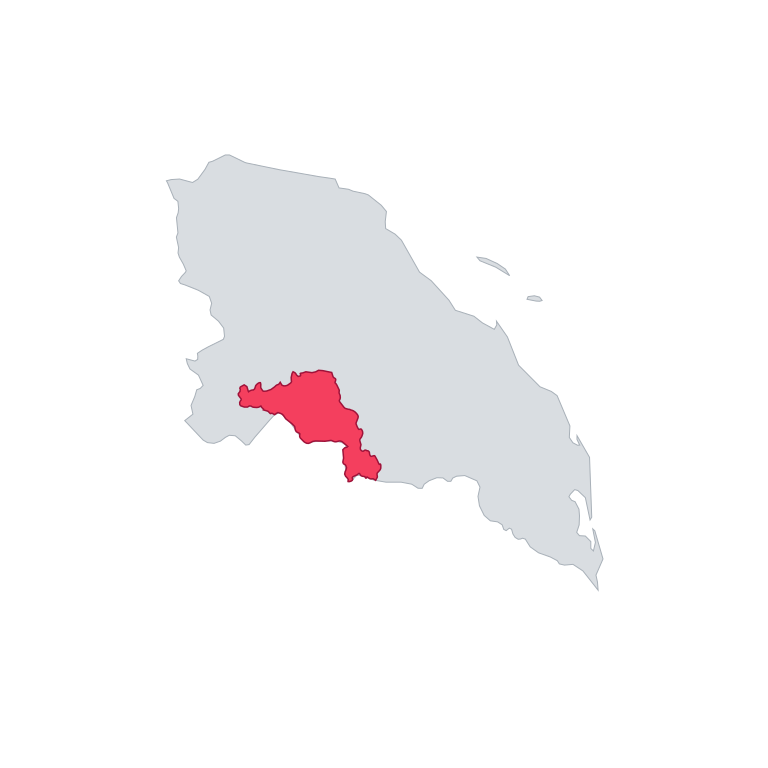 where El Paraíso sits in Honduras, rotated 49°
{"feature_id": "HND-662", "entity_name": "El Paraíso", "entity_type": "Department", "adm_level": 1, "iso_a3": "HND", "parent_name": "Honduras", "parent_adm1": "", "projection": "orthographic", "projection_center": [-86.385, 13.965], "detail": "fine", "context": "in_parent", "style": "filled", "palette": "rose", "viewbox_px": 768, "rotation_deg": 49, "n_neighbors": 0, "source": "natural_earth", "source_scale": "10m", "svg_char_len": 6230}
<svg xmlns="http://www.w3.org/2000/svg" viewBox="0 0 768 768"><g transform="rotate(49 384 384)"><path d="M680.1,357.7L655.6,356.5L644.1,359.7L639.1,366.6L634.8,369.7L631.1,369.1L623.8,371.9L612.8,378.1L602.8,380.5L593.8,379.1L591.3,380.6L590.6,382.6L589.2,384.6L585.8,385.7L581.8,385.1L577.3,383.0L575.0,384.0L574.8,388.0L572.3,389.0L567.8,387.2L562.6,388.7L557.0,393.5L548.9,394.6L538.6,391.9L530.5,386.8L524.8,379.2L518.0,377.4L506.1,383.1L501.2,389.7L500.1,393.8L501.3,397.4L499.1,399.9L493.6,401.1L489.4,405.6L486.6,413.4L486.0,419.4L487.8,423.6L485.0,426.7L477.8,428.8L469.3,435.5L459.4,446.9L449.6,454.9L439.8,459.4L435.1,464.4L435.5,469.9L434.9,471.7L433.0,472.3L429.8,473.1L410.9,461.2L405.5,452.8L400.8,454.1L394.9,458.3L386.5,467.7L377.6,480.5L373.2,481.9L350.9,480.0L339.0,481.1L336.6,482.8L335.5,487.5L336.2,493.8L339.4,516.3L341.2,525.6L339.4,528.4L333.4,528.9L325.5,530.2L321.2,534.4L320.2,538.8L319.8,544.9L317.3,551.2L312.4,555.7L307.6,557.3L280.9,558.4L281.4,548.0L273.6,543.7L269.3,535.0L265.5,529.1L266.8,525.6L266.4,521.4L255.6,518.2L245.4,520.6L239.5,519.0L235.2,516.7L242.7,511.6L243.2,508.5L240.8,506.2L238.4,504.7L239.2,498.8L240.7,492.0L244.9,475.9L243.4,473.1L236.6,468.3L228.0,467.7L218.5,469.2L214.0,466.7L210.0,461.1L203.3,458.4L191.3,462.7L178.5,469.3L174.6,471.7L171.4,471.3L170.0,466.3L169.4,460.4L168.7,459.0L161.9,456.8L154.0,455.2L150.0,453.5L146.3,449.5L136.9,444.3L134.8,440.4L122.3,431.5L119.8,427.1L116.9,423.9L110.9,419.7L106.2,420.7L90.3,415.4L87.9,414.9L90.1,410.5L95.2,403.8L106.3,396.3L107.3,390.2L104.6,378.3L101.8,370.7L103.4,367.3L107.0,353.6L109.7,350.4L125.6,343.6L127.0,342.7L139.6,333.1L153.6,322.4L168.1,310.6L184.3,297.5L193.2,289.8L197.3,286.4L206.5,289.3L213.8,283.0L218.1,280.9L227.9,273.5L231.0,271.8L247.4,268.8L255.4,269.0L262.3,276.6L267.8,280.8L278.2,277.3L286.9,276.5L322.9,283.8L337.1,280.6L363.4,280.0L375.2,281.8L391.8,271.7L402.5,269.6L415.1,264.9L413.4,260.1L410.4,257.9L429.5,260.0L458.1,270.1L488.4,268.1L499.4,262.6L506.4,261.0L537.6,271.2L545.9,279.2L552.3,280.0L557.2,278.1L558.5,276.4L552.4,274.7L549.6,272.2L574.2,277.0L620.8,314.6L621.8,317.7L601.9,306.6L591.5,307.6L588.8,309.4L589.4,315.6L590.4,318.4L594.9,318.7L598.2,317.0L606.4,319.0L611.8,323.0L618.4,329.2L622.4,335.9L626.7,336.0L630.8,331.8L638.6,331.3L643.8,335.8L647.4,335.5L642.3,328.4L630.3,321.5L633.1,321.2L659.7,333.5L667.3,349.4L673.6,352.9L680.1,357.7ZM369.2,223.0L354.0,230.7L349.2,230.6L356.2,224.6L367.4,219.5L376.9,217.0L384.7,218.1L369.2,223.0ZM421.2,214.8L413.9,220.5L412.6,217.9L416.1,212.6L420.5,209.6L424.7,209.9L423.7,212.2L421.2,214.8Z" fill="#d9dde1" stroke="#a8b0b8" stroke-width="1"/><path d="M451.2,453.5L450.4,453.7L448.3,454.4L447.4,455.7L446.5,456.7L443.1,457.8L443.4,458.8L443.1,458.9L442.9,458.9L442.7,459.0L442.8,459.5L442.2,459.5L441.3,459.2L439.4,460.9L438.2,461.5L436.5,461.4L435.5,461.2L435.0,461.7L434.9,463.9L434.0,466.8L433.6,468.7L434.0,469.6L435.4,470.1L435.9,471.2L435.7,472.7L434.9,474.3L434.3,474.9L434.1,475.1L433.8,475.0L432.6,473.6L430.6,473.4L428.4,473.5L426.2,472.8L424.7,470.9L423.8,468.9L422.6,467.2L420.5,466.3L419.2,466.3L418.4,466.7L417.5,466.9L416.1,466.4L415.5,465.8L413.4,463.1L406.6,458.2L406.4,455.5L407.4,453.4L407.4,452.3L400.1,453.4L398.8,454.1L397.7,455.1L397.2,456.0L396.8,456.9L396.1,458.2L395.0,459.3L393.9,459.9L392.7,460.4L391.7,461.1L388.4,466.2L382.1,473.0L380.6,475.4L379.9,478.4L379.3,479.9L378.2,481.1L376.8,481.8L375.0,482.3L370.1,482.6L369.4,482.5L368.5,482.2L367.9,481.8L366.4,480.2L365.0,480.4L363.7,481.1L362.3,481.5L360.6,481.1L357.5,479.3L353.7,479.5L345.8,481.0L341.7,480.5L339.7,480.7L337.5,481.8L336.4,482.5L335.9,482.9L335.8,483.5L335.5,484.9L335.4,486.6L334.0,487.2L333.2,487.4L332.5,487.9L331.8,489.2L331.1,489.3L330.4,489.3L328.8,489.4L328.0,489.7L324.3,492.1L323.9,491.4L321.0,491.7L320.6,491.4L319.9,491.3L319.7,491.6L319.4,493.4L319.0,494.3L318.3,495.4L316.7,497.0L315.7,497.9L314.9,498.4L313.5,498.8L312.4,499.8L312.1,500.6L311.9,502.1L309.7,504.6L306.7,506.3L306.1,506.5L304.9,506.3L303.2,505.0L302.4,503.1L302.3,502.2L301.5,501.6L297.1,501.3L295.8,500.5L295.5,499.3L295.1,497.4L294.5,496.9L293.7,495.9L292.6,495.6L292.0,494.3L292.9,490.1L296.0,489.2L300.5,491.2L301.0,491.3L301.0,490.8L301.3,489.1L302.0,487.5L302.8,486.5L302.8,484.9L301.7,482.9L301.2,482.2L300.9,481.1L300.8,479.7L300.9,478.3L301.1,477.6L301.2,477.2L301.9,476.4L303.3,477.1L305.5,479.1L306.2,479.5L308.6,479.9L310.1,479.9L310.6,479.5L312.2,477.4L314.0,472.9L314.4,468.4L314.3,466.5L314.5,465.2L315.0,464.2L315.1,463.4L315.0,462.7L314.6,461.2L317.9,461.8L319.5,461.0L320.6,459.8L321.6,457.8L322.0,453.9L321.8,452.8L321.5,452.2L320.8,451.8L318.2,449.8L315.7,446.4L315.1,444.6L317.1,443.8L318.5,443.8L320.0,444.1L322.0,443.8L323.0,441.8L322.9,441.5L322.5,441.0L322.0,440.7L321.2,440.5L321.1,440.1L321.3,439.6L322.3,438.1L323.5,435.0L328.2,430.9L330.0,427.6L330.7,424.4L333.8,421.4L341.0,415.9L345.1,417.7L345.6,417.7L346.6,417.7L346.9,417.5L347.2,417.4L348.2,417.2L348.6,417.3L349.0,417.5L349.9,418.6L350.4,419.6L350.8,420.0L351.2,420.2L351.9,420.0L353.9,420.3L359.3,421.8L361.2,423.7L361.6,423.9L363.8,424.6L365.6,425.9L366.0,426.4L366.5,427.0L367.0,428.4L367.5,428.8L368.3,429.1L375.4,429.5L376.5,429.4L377.2,429.1L379.4,427.7L380.3,426.9L380.7,426.5L381.3,426.3L381.8,426.1L382.8,425.4L384.2,424.7L386.1,424.2L387.1,424.1L389.5,424.1L390.8,424.4L391.6,424.8L392.5,425.8L395.0,430.5L395.7,431.2L398.4,432.2L400.9,432.8L401.7,432.8L402.0,432.4L402.4,431.5L402.6,431.2L402.9,430.9L403.4,430.8L403.8,430.8L405.5,431.2L406.5,431.8L407.5,432.6L408.7,434.6L409.3,435.9L409.6,437.2L409.8,438.1L410.2,438.9L411.0,439.5L414.7,441.2L416.6,443.8L417.7,444.6L418.3,444.8L419.6,444.7L420.3,444.5L420.8,444.1L421.1,443.7L421.2,443.2L421.3,442.2L421.4,441.8L421.7,441.4L422.0,441.1L423.0,440.7L423.4,440.4L423.8,440.0L424.2,439.8L425.0,439.7L425.9,439.8L427.2,440.7L428.1,441.2L429.4,441.4L430.0,441.3L430.4,440.9L431.5,438.6L431.9,438.2L432.5,438.1L437.1,439.1L440.7,440.2L441.4,440.3L441.7,440.2L441.8,439.4L442.3,439.3L443.1,439.6L444.6,440.9L445.6,441.9L446.2,443.1L446.5,445.2L446.6,446.3L446.7,447.3L447.1,448.1L448.0,448.8L448.8,449.3L449.6,449.8L450.0,450.3L451.2,453.5L451.2,453.5Z" fill="#f43f5e" stroke="#9f1239" stroke-width="1.5"/></g></svg>